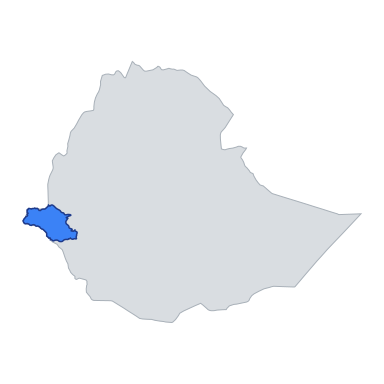 Ethiopia, with Gambela Peoples highlighted
{"feature_id": "ETH-3130", "entity_name": "Gambela Peoples", "entity_type": "Administrative State", "adm_level": 1, "iso_a3": "ETH", "parent_name": "Ethiopia", "parent_adm1": "", "projection": "orthographic", "projection_center": [34.092, 7.81], "detail": "fine", "context": "in_parent", "style": "filled", "palette": "blue", "viewbox_px": 384, "rotation_deg": 0, "n_neighbors": 0, "source": "natural_earth", "source_scale": "10m", "svg_char_len": 6503}
<svg xmlns="http://www.w3.org/2000/svg" viewBox="0 0 384 384"><path d="M75.0,276.5L74.7,276.1L72.6,274.5L70.7,272.4L69.6,270.0L68.5,268.1L67.9,263.8L66.5,261.2L65.2,258.0L63.1,251.8L62.2,249.7L60.6,248.3L58.9,247.0L57.1,244.3L52.4,241.9L50.6,240.0L47.5,236.7L46.7,235.1L46.5,233.5L45.5,231.9L43.8,230.2L38.4,226.5L36.9,226.1L35.0,225.7L32.2,225.3L28.4,224.4L25.1,223.0L23.6,221.9L23.2,221.2L23.6,220.0L24.8,218.0L27.0,213.2L28.6,209.8L29.7,208.9L32.6,208.6L35.7,208.8L38.0,209.0L41.1,209.0L45.0,208.8L46.5,207.6L47.7,206.4L48.2,205.6L48.3,203.4L48.3,201.7L48.1,195.0L48.0,191.0L47.8,186.3L47.8,185.4L47.8,184.2L48.8,179.2L49.6,176.4L50.2,174.9L52.6,170.1L53.1,168.6L53.2,167.2L52.3,160.9L53.8,157.9L55.8,154.9L57.5,153.7L58.9,152.8L59.6,153.2L61.3,154.5L63.5,155.9L64.5,155.6L66.0,154.4L67.1,153.1L66.9,150.9L67.9,146.3L67.7,143.7L68.7,140.4L69.9,135.8L70.4,132.9L71.1,131.3L74.2,128.1L76.9,123.5L78.6,120.2L81.8,114.8L83.5,112.8L84.8,111.9L86.9,111.4L90.6,110.9L93.3,110.4L93.7,109.7L93.9,108.6L93.9,106.2L94.4,102.0L95.5,97.9L96.9,94.8L97.6,93.4L98.5,92.1L99.4,89.8L100.6,84.8L100.5,81.5L102.3,75.4L102.7,75.3L105.7,74.2L108.6,74.0L111.5,74.8L113.4,74.9L114.2,74.5L115.0,73.5L115.7,71.9L116.9,70.9L118.5,70.8L120.7,72.6L124.2,77.5L125.0,77.8L125.6,77.7L127.2,73.7L128.5,70.6L130.9,64.8L132.3,61.5L133.6,62.5L134.9,64.2L136.4,64.9L138.1,65.4L138.8,65.4L139.8,66.1L143.4,70.2L144.6,71.1L146.2,71.2L153.0,69.8L157.0,67.3L157.6,66.4L158.7,66.4L160.1,67.4L160.6,68.4L161.6,69.7L163.2,69.9L167.0,68.9L168.9,68.3L170.5,68.8L172.6,69.2L173.9,69.1L177.0,70.4L180.7,70.0L182.4,70.0L184.2,70.5L187.2,72.6L191.1,75.1L196.5,76.9L197.7,77.6L200.4,80.5L204.6,86.1L210.1,91.4L216.0,95.6L219.2,98.5L221.5,102.0L223.6,105.3L225.7,106.7L227.7,107.8L229.8,110.2L231.3,112.3L233.4,114.6L231.3,117.9L228.5,122.3L225.2,127.5L224.2,128.7L221.3,131.9L220.8,132.8L220.3,135.0L220.4,139.0L220.9,144.2L221.4,148.9L223.1,149.5L225.0,149.8L227.1,149.1L229.6,148.5L232.8,148.1L236.3,147.1L238.3,146.3L240.5,146.3L242.4,147.1L243.4,147.8L244.7,148.1L246.5,148.0L246.1,148.9L245.2,150.2L244.1,151.6L243.1,152.9L240.9,156.8L240.8,157.3L241.1,158.0L242.4,159.7L243.8,162.5L244.6,165.1L245.2,166.3L246.8,167.7L249.2,170.6L250.4,172.5L253.0,173.6L253.9,176.1L255.9,179.7L258.0,182.6L260.0,184.9L262.3,185.7L263.1,185.8L267.9,190.0L271.5,193.1L272.3,193.6L278.7,195.6L286.1,197.9L292.0,199.7L299.5,202.0L306.9,204.3L313.8,206.5L323.5,209.5L331.3,212.0L337.5,213.9L338.8,214.6L361.0,213.8L355.7,219.5L349.7,225.9L343.4,232.6L339.3,236.9L332.8,243.7L327.4,249.4L321.9,255.6L316.8,261.2L310.2,268.9L305.9,273.9L299.2,281.8L295.0,286.7L294.3,287.0L288.1,286.8L282.1,286.6L274.4,286.3L273.5,286.3L271.3,286.8L269.9,287.3L264.4,288.7L263.4,289.1L258.8,291.3L254.1,293.8L251.7,295.7L249.8,298.5L249.0,300.4L248.1,301.3L246.7,302.0L236.8,304.1L233.9,304.4L229.3,305.9L226.9,308.4L226.2,309.6L222.8,309.7L217.0,310.1L214.5,310.6L213.3,310.7L211.1,310.7L209.3,310.3L208.0,309.6L206.5,308.2L203.1,305.2L200.7,303.3L195.3,305.6L190.5,307.8L183.6,311.0L179.7,313.3L178.5,315.5L175.5,319.6L172.8,322.1L171.8,322.5L165.7,322.0L163.5,321.5L159.8,321.1L154.9,320.3L151.6,319.4L148.0,319.3L142.8,319.0L139.6,318.4L136.4,316.2L132.2,313.5L127.9,310.8L123.5,307.9L118.3,304.7L112.5,301.1L111.2,300.8L110.7,300.7L104.5,300.6L98.0,300.5L93.7,300.4L92.3,299.9L91.3,299.1L90.0,296.5L88.3,294.6L86.4,292.2L86.2,288.9L86.7,285.3L87.2,284.2L86.9,283.0L87.0,281.4L85.9,279.9L79.6,278.2L78.6,278.3L77.5,279.0L76.3,279.4L75.5,279.0L74.9,278.4L74.9,277.3L75.0,276.5Z" fill="#d9dde1" stroke="#a8b0b8" stroke-width="1"/><path d="M40.1,210.5L40.4,210.5L40.5,210.4L41.4,209.6L41.7,209.5L42.0,209.3L42.4,209.2L43.2,209.1L44.5,209.1L44.9,209.0L45.4,208.7L47.6,206.7L48.1,206.2L48.4,205.6L48.5,205.1L49.0,205.4L49.4,205.8L49.7,206.0L50.0,206.0L51.0,205.2L51.6,205.0L52.2,205.0L52.9,205.3L54.0,206.1L56.0,208.1L57.1,208.9L59.4,210.1L60.1,210.6L60.9,211.8L61.4,212.3L62.1,212.6L63.4,212.9L63.8,213.2L64.2,213.9L64.6,214.5L65.2,214.8L66.0,214.8L67.6,214.5L68.9,214.5L70.1,214.6L70.8,215.1L70.7,215.4L70.1,215.7L68.9,216.1L67.5,216.9L66.5,217.3L66.3,217.6L66.5,217.9L67.6,218.2L67.8,218.5L67.6,218.7L66.2,220.8L65.8,221.8L65.9,222.8L66.3,223.8L67.1,224.5L67.9,225.1L68.6,225.9L68.9,226.4L69.0,227.5L69.2,227.9L69.6,228.2L71.8,229.0L72.1,229.3L72.0,229.7L71.6,230.0L71.3,230.4L71.2,230.8L71.6,231.0L72.3,231.0L72.6,231.0L73.1,231.3L73.3,231.2L73.6,231.0L74.1,230.7L74.6,230.4L74.8,230.0L74.8,229.5L75.0,229.9L74.8,230.6L75.0,230.9L76.6,231.7L77.0,232.1L77.1,232.6L77.1,233.0L76.6,234.6L76.6,234.9L76.6,235.3L76.6,235.6L76.3,236.2L76.3,236.5L76.2,237.2L76.2,237.4L76.2,237.7L76.4,238.1L76.5,238.3L76.3,238.8L75.8,238.9L74.5,238.7L73.9,238.8L73.0,239.2L72.4,239.2L71.9,239.1L71.3,238.8L70.7,238.5L70.3,238.1L70.0,238.5L69.5,238.8L68.9,238.9L68.5,238.8L68.2,239.3L67.6,239.5L66.2,239.4L65.4,239.5L64.7,239.6L64.1,239.9L63.4,240.4L62.9,240.9L62.4,241.3L61.9,241.5L61.1,241.6L60.4,241.6L59.7,241.5L59.0,241.2L58.4,240.7L57.7,240.3L56.9,240.1L56.0,240.1L55.1,240.2L54.0,240.7L53.4,240.9L52.9,240.8L52.3,240.4L51.7,239.8L51.0,239.5L50.5,239.7L50.5,239.0L50.4,238.5L50.2,238.1L49.8,237.9L49.5,238.1L49.0,238.2L48.6,237.8L48.0,237.1L46.9,236.2L46.7,236.1L46.7,233.9L46.6,233.1L46.2,232.5L43.3,229.6L42.7,229.2L42.4,229.1L42.0,229.1L41.7,229.0L40.6,228.2L39.9,227.2L39.6,226.8L39.3,226.7L38.6,226.5L38.0,226.1L37.8,226.0L36.3,226.2L35.8,226.0L35.6,225.9L35.2,225.4L35.0,225.2L34.8,225.1L34.4,225.0L34.2,224.8L33.8,224.7L33.2,224.7L32.2,224.9L32.0,225.0L31.5,225.4L31.2,225.4L29.9,225.1L29.5,224.7L29.1,224.3L28.8,224.0L28.6,223.9L27.8,223.8L27.2,223.5L26.3,223.7L26.2,223.7L26.0,223.9L25.7,223.9L25.2,223.6L24.6,223.6L24.4,223.5L24.4,223.3L24.3,223.1L24.2,222.9L23.8,222.7L23.6,222.3L23.0,220.8L23.1,220.6L23.4,220.2L23.5,220.0L23.7,219.9L23.8,219.7L23.9,219.2L24.0,219.0L24.3,218.6L25.6,217.3L25.7,217.1L25.8,216.8L25.9,216.6L26.0,216.5L26.6,216.4L27.0,216.2L27.3,216.0L27.5,215.7L27.6,215.2L27.2,214.9L27.1,214.4L27.2,214.2L27.4,213.7L27.6,213.6L27.8,213.5L28.0,213.4L28.0,213.1L27.7,213.0L27.5,212.8L27.3,212.6L27.2,212.4L27.0,212.2L27.0,211.9L27.2,211.3L27.3,211.0L27.2,211.0L27.0,210.8L27.0,210.7L27.1,210.4L27.1,210.0L27.2,209.8L27.3,209.6L27.6,209.5L27.9,209.4L28.1,209.3L28.0,209.1L28.6,208.5L29.0,208.4L31.5,209.0L31.7,208.9L32.0,208.6L32.4,208.5L32.7,208.6L34.2,208.4L34.4,208.3L34.4,208.2L34.8,208.0L35.2,208.2L35.5,208.5L35.9,208.7L36.3,208.6L36.6,208.4L36.9,208.3L37.4,208.4L38.1,209.0L38.6,209.7L39.1,210.4L40.1,210.5Z" fill="#3b82f6" stroke="#1e3a8a" stroke-width="1.5"/></svg>